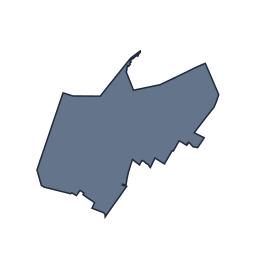 Vanegas, San Luis Potosí, Mexico (Mercator projection), rotated 24°
{"feature_id": "50627088B68070398631326", "entity_name": "Vanegas", "entity_type": "district", "adm_level": 2, "iso_a3": "MEX", "parent_name": "Mexico", "parent_adm1": "San Luis Potosí", "projection": "mercator", "projection_center": [-100.935, 24.137], "detail": "fine", "context": "isolated", "style": "filled", "palette": "slate", "viewbox_px": 256, "rotation_deg": 24, "n_neighbors": 0, "source": "geoboundaries", "source_scale": "gbopen_adm2", "svg_char_len": 3517}
<svg xmlns="http://www.w3.org/2000/svg" viewBox="0 0 256 256"><g transform="rotate(24 128 128)"><path d="M165.0,45.4L164.9,45.5L159.7,51.8L157.9,54.0L149.2,64.2L149.7,64.1L149.4,64.5L148.9,64.9L147.2,66.6L139.8,75.3L139.7,75.4L139.6,75.5L135.2,78.6L133.5,79.9L133.4,79.9L133.0,80.2L132.5,80.6L129.7,82.6L129.4,82.8L127.8,83.9L126.8,84.7L126.6,84.8L124.1,86.6L123.9,86.8L123.3,87.2L122.9,87.4L122.9,87.5L122.5,87.7L122.4,87.8L122.2,88.0L120.9,88.9L120.2,89.3L119.9,89.6L117.7,91.3L103.4,77.3L103.5,76.9L103.6,76.5L103.3,76.2L103.4,75.9L103.3,75.6L103.4,75.1L103.3,74.8L103.0,74.5L102.6,74.1L102.5,73.8L102.6,73.2L102.4,73.0L102.5,72.6L102.5,72.3L102.4,71.9L102.3,71.6L102.5,71.7L102.8,71.6L103.0,71.6L103.3,71.6L103.5,71.5L103.5,71.3L103.6,71.2L103.6,70.9L103.6,70.7L103.7,70.4L103.8,70.2L103.8,69.9L103.9,69.7L104.0,69.5L104.0,69.4L104.1,69.2L104.1,68.9L103.9,68.8L103.7,68.9L103.7,68.7L103.6,68.3L103.6,68.2L103.5,67.9L103.4,67.8L103.4,67.7L103.4,67.3L103.5,67.1L103.6,66.9L103.8,66.7L103.7,66.6L103.3,66.6L103.2,66.6L103.2,66.4L103.2,66.1L103.1,65.9L103.4,65.9L103.2,65.7L102.9,65.4L102.8,65.1L102.7,65.0L102.7,64.9L102.6,64.7L102.9,64.7L103.1,64.7L103.2,64.4L102.9,64.1L103.5,63.8L103.5,63.7L103.6,63.4L103.8,63.2L104.6,62.2L104.5,61.8L104.2,61.5L104.4,61.5L104.6,61.4L104.9,61.3L104.9,61.2L105.0,61.1L105.0,60.9L105.1,60.7L105.0,60.4L105.0,60.2L105.0,59.9L105.5,59.8L105.4,59.6L105.4,59.4L105.4,59.2L105.5,59.0L106.1,59.0L106.3,58.8L106.5,58.5L106.3,58.5L106.4,58.4L106.5,58.2L107.7,58.4L107.7,57.8L107.8,57.7L107.6,57.5L107.4,57.2L107.3,56.9L107.2,56.3L107.3,56.3L107.7,56.3L107.9,55.8L108.0,55.5L108.0,55.2L108.1,54.8L108.1,54.7L108.3,54.4L108.4,54.2L108.4,53.9L108.3,53.7L108.3,53.4L108.3,53.2L108.2,53.1L108.1,52.9L108.0,52.7L107.9,52.6L105.8,56.2L105.2,57.4L103.3,60.8L102.6,62.1L102.2,62.8L102.0,63.2L99.3,73.3L98.6,75.9L98.6,76.2L98.0,78.4L97.4,80.7L96.9,82.6L95.5,87.8L95.1,89.5L93.7,94.6L89.7,110.2L88.5,110.7L84.9,112.3L66.4,120.4L64.5,121.2L54.4,122.3L55.2,131.3L55.3,132.3L56.1,140.9L56.7,147.2L56.9,149.8L57.0,151.1L57.9,160.3L58.4,165.7L59.3,175.3L60.1,183.9L60.5,188.2L60.9,193.4L61.3,196.9L61.3,197.0L61.9,203.3L64.3,206.2L72.3,215.8L75.6,216.1L102.3,211.4L102.5,211.2L102.6,210.9L102.7,210.7L103.0,210.1L108.3,210.7L109.6,204.5L114.3,205.4L114.0,207.2L118.5,208.1L127.9,209.8L127.7,213.9L127.7,215.9L129.9,215.8L133.1,215.7L139.6,215.3L141.9,215.9L143.3,218.5L143.5,217.4L144.4,212.7L145.5,207.0L146.3,202.9L147.6,196.7L148.5,192.4L148.8,190.4L149.9,184.9L150.5,181.8L146.2,182.4L146.3,182.2L146.3,181.9L146.3,181.7L146.2,181.6L149.4,181.0L147.7,174.6L146.5,169.1L145.8,163.4L145.3,159.2L144.9,154.9L153.5,157.1L153.9,152.0L154.1,152.0L154.3,152.0L154.5,152.0L154.9,152.2L155.0,152.2L155.3,152.1L155.8,151.9L156.3,151.9L157.9,152.6L158.4,152.9L158.5,152.9L159.2,152.9L159.6,152.9L160.1,152.9L160.5,153.1L161.2,153.1L161.5,153.1L161.9,153.4L162.2,153.7L162.6,154.0L162.8,154.1L163.5,154.1L163.5,154.3L163.5,154.5L163.9,154.8L164.2,155.0L164.5,155.1L164.9,144.5L175.9,146.0L177.6,130.7L178.8,130.6L179.7,120.9L179.9,119.0L182.6,119.1L187.2,119.8L187.5,119.8L188.3,119.6L188.7,119.9L188.8,119.5L188.4,119.4L188.3,118.6L188.9,118.6L189.0,117.8L189.2,117.6L189.1,117.3L189.1,117.2L188.9,117.1L189.0,116.9L189.1,117.0L189.1,116.9L189.1,116.4L189.7,116.3L195.0,118.7L197.1,118.2L199.6,117.6L200.6,112.0L201.6,106.1L201.6,105.9L194.4,105.6L190.4,105.4L194.7,87.4L198.1,74.0L198.0,67.8L197.3,60.6L188.3,52.3L178.3,43.0L172.2,37.5L165.0,45.4Z" fill="#64748b" stroke="#1e293b" stroke-width="1.5"/></g></svg>